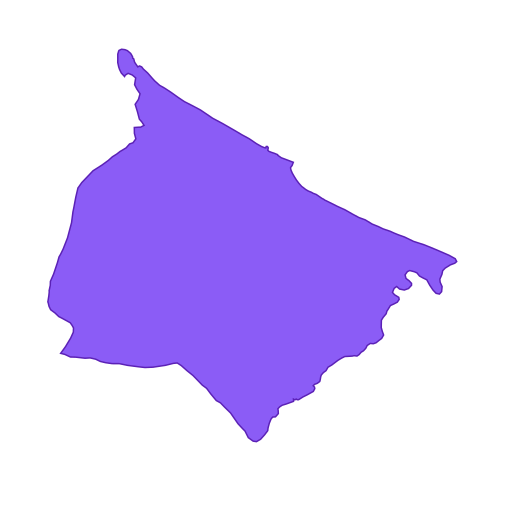 the district of Garraway, Grand Kru, Liberia, rotated 189°
{"feature_id": "62588387B63754413826366", "entity_name": "Garraway", "entity_type": "district", "adm_level": 2, "iso_a3": "LBR", "parent_name": "Liberia", "parent_adm1": "Grand Kru", "projection": "natural_earth1", "projection_center": [-7.918, 4.551], "detail": "fine", "context": "isolated", "style": "filled", "palette": "violet", "viewbox_px": 512, "rotation_deg": 189, "n_neighbors": 0, "source": "geoboundaries", "source_scale": "gbopen_adm2", "svg_char_len": 3851}
<svg xmlns="http://www.w3.org/2000/svg" viewBox="0 0 512 512"><g transform="rotate(189 256 256)"><path d="M216.7,92.9L215.7,97.2L214.4,99.5L211.6,100.2L209.3,103.8L209.9,106.8L210.5,108.5L209.1,110.6L206.8,112.7L203.1,114.5L196.2,118.3L196.6,120.5L195.1,120.0L193.9,121.0L192.9,120.5L191.5,120.7L187.5,124.2L183.7,126.9L180.0,129.8L178.2,131.2L177.2,134.2L177.7,135.7L179.2,136.8L178.1,138.4L175.6,139.8L173.4,142.0L173.2,143.8L173.2,146.8L172.9,148.7L171.2,151.4L168.9,153.7L167.5,157.4L164.0,160.3L161.9,162.5L158.6,165.9L155.4,168.6L152.6,170.6L147.5,171.7L145.3,172.2L143.5,172.9L140.6,173.0L138.8,174.7L137.1,177.4L135.0,179.2L133.1,182.1L132.2,185.0L129.5,187.5L126.4,187.7L123.8,189.1L121.1,192.1L119.0,194.2L117.6,197.9L119.5,201.4L121.1,204.9L121.6,208.4L122.1,212.2L120.8,215.3L118.4,219.3L118.1,222.0L117.4,223.5L115.5,228.1L112.3,230.2L109.2,232.5L107.8,235.5L108.5,237.5L113.1,239.4L115.5,241.4L114.5,245.6L112.3,247.9L109.0,245.8L104.2,245.6L100.3,247.7L97.8,251.4L98.1,253.3L100.9,255.5L104.3,257.3L105.8,260.7L104.0,264.3L101.9,265.7L97.1,265.2L94.4,264.5L91.4,261.8L87.5,260.4L83.6,259.2L79.8,254.3L75.8,250.0L72.3,247.3L68.9,247.1L67.1,249.8L67.4,254.9L70.0,258.9L70.8,261.9L69.5,266.9L69.3,270.7L67.2,273.7L62.7,277.6L58.5,280.0L56.9,281.9L58.8,284.5L65.4,286.9L78.6,290.3L91.3,293.3L102.7,295.1L112.3,298.0L118.7,299.2L123.4,300.3L127.3,301.4L130.6,302.0L131.4,302.1L134.8,302.7L139.7,304.2L146.2,305.7L153.8,308.8L160.4,310.1L167.3,312.5L175.2,315.5L183.5,317.8L195.8,321.7L196.7,321.9L198.2,322.7L199.6,323.1L203.8,325.1L206.1,326.2L207.6,326.5L209.5,326.9L211.2,327.6L213.4,328.1L214.9,328.5L217.4,329.5L219.9,330.9L221.7,331.8L224.9,334.4L228.0,337.4L230.6,340.4L233.1,343.5L234.8,346.2L235.4,347.6L235.7,348.8L234.5,351.0L233.8,354.4L240.0,355.7L246.4,357.0L250.3,358.9L250.5,359.5L251.4,359.7L253.9,360.3L257.0,360.8L259.7,361.4L260.9,362.3L260.8,364.0L261.0,365.2L262.2,366.0L263.1,365.7L263.2,364.3L264.6,364.3L267.7,365.0L273.3,367.1L277.9,369.3L279.4,370.0L281.4,370.9L288.8,373.5L296.6,376.6L309.7,381.6L320.4,385.3L333.6,391.5L342.3,394.5L350.9,397.3L357.6,400.4L365.0,404.1L372.5,407.5L377.9,409.5L383.6,413.2L386.6,415.6L391.5,419.7L396.5,423.0L398.5,424.9L400.7,425.5L401.2,425.2L402.3,424.3L404.7,426.8L405.9,428.1L406.4,428.8L407.6,431.6L408.7,432.1L409.1,433.5L410.4,435.2L411.5,436.5L415.1,438.7L417.7,439.3L421.1,439.2L423.4,437.7L423.7,437.0L424.1,433.8L423.5,430.0L423.3,428.8L422.8,425.4L421.2,421.3L419.9,418.8L417.6,415.6L413.9,412.7L413.5,414.1L410.9,416.4L406.5,415.4L402.7,413.1L402.7,406.2L399.7,402.1L395.9,398.1L396.6,392.3L397.3,390.7L399.1,386.9L398.3,385.3L395.6,379.8L392.6,372.9L389.8,370.6L387.0,367.5L390.4,365.0L391.4,365.0L396.3,363.9L395.3,358.1L394.8,357.0L393.0,352.9L395.2,348.6L398.4,346.9L401.2,342.5L405.1,339.2L406.5,338.1L409.5,334.9L413.4,331.5L416.8,327.3L417.2,326.9L422.5,321.6L430.3,314.7L435.1,307.7L439.6,301.2L442.0,296.3L442.5,295.4L443.2,285.8L443.5,275.1L443.7,271.0L443.4,260.0L444.5,249.3L445.0,244.4L447.6,232.6L448.7,229.0L449.3,227.1L450.4,224.3L451.1,218.3L453.1,206.4L455.1,198.8L454.6,194.8L454.9,189.4L454.6,188.1L454.4,184.3L454.4,178.1L453.9,177.2L452.5,173.8L450.4,170.8L445.6,168.3L441.3,165.3L438.8,164.5L436.5,163.7L429.0,161.0L426.8,158.7L425.0,156.4L424.5,152.2L426.2,146.0L430.0,136.6L433.7,129.3L429.4,128.9L423.5,127.2L418.3,127.9L408.9,128.3L403.9,129.4L398.2,129.0L393.2,127.5L387.9,127.1L381.3,127.2L374.1,128.3L365.8,127.9L354.7,128.2L348.2,128.5L340.3,130.1L331.4,132.9L328.5,133.8L320.9,137.0L318.3,137.7L317.0,138.0L312.7,136.1L306.3,132.0L299.5,128.1L293.1,123.3L288.9,120.1L284.1,117.6L280.1,113.7L279.3,112.9L272.6,107.0L268.1,105.4L263.6,102.0L256.6,97.0L247.5,87.5L242.0,83.2L239.4,81.3L235.2,75.4L229.9,72.7L226.5,72.7L222.8,75.7L219.5,80.8L217.1,85.3L217.2,88.1L216.7,92.9Z" fill="#8b5cf6" stroke="#5b21b6" stroke-width="1.5"/></g></svg>